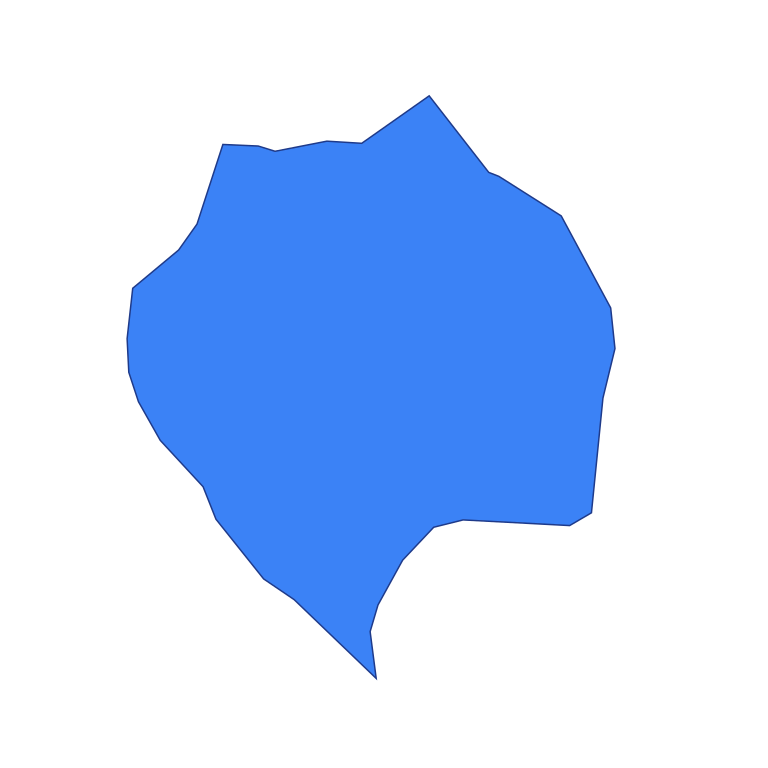 map outline of Postojna (orthographic projection), rotated 72°
{"feature_id": "SVN-978", "entity_name": "Postojna", "entity_type": "Municipality", "adm_level": 1, "iso_a3": "SVN", "parent_name": "Slovenia", "parent_adm1": "", "projection": "orthographic", "projection_center": [14.172, 45.79], "detail": "fine", "context": "isolated", "style": "filled", "palette": "blue", "viewbox_px": 768, "rotation_deg": 72, "n_neighbors": 0, "source": "natural_earth", "source_scale": "10m", "svg_char_len": 554}
<svg xmlns="http://www.w3.org/2000/svg" viewBox="0 0 768 768"><g transform="rotate(72 384 384)"><path d="M570.6,226.5L576.0,251.2L537.7,350.8L535.6,381.0L557.3,420.7L592.3,458.0L615.2,473.7L661.6,482.4L561.3,536.1L532.2,558.7L460.7,585.6L425.8,587.8L368.5,614.2L325.0,623.0L294.0,623.1L261.5,614.3L215.3,593.4L193.1,537.9L174.1,512.4L106.4,463.2L118.8,430.1L129.0,415.7L135.4,363.3L148.2,330.8L123.9,252.0L215.1,219.0L222.0,210.6L278.9,163.5L381.7,144.9L421.7,153.4L465.0,180.1L570.6,226.5Z" fill="#3b82f6" stroke="#1e3a8a" stroke-width="1.5"/></g></svg>